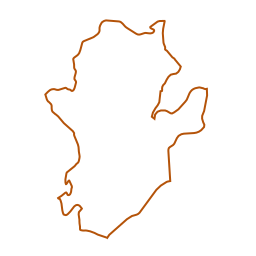 the border of Eastern, rotated 357°
{"feature_id": "SLE-790", "entity_name": "Eastern", "entity_type": "Province", "adm_level": 1, "iso_a3": "SLE", "parent_name": "Sierra Leone", "parent_adm1": "", "projection": "albers", "projection_center": [-11.073, 8.208], "detail": "fine", "context": "isolated", "style": "outline", "palette": "amber", "viewbox_px": 256, "rotation_deg": 357, "n_neighbors": 0, "source": "natural_earth", "source_scale": "10m", "svg_char_len": 3661}
<svg xmlns="http://www.w3.org/2000/svg" viewBox="0 0 256 256"><g transform="rotate(357 128 128)"><path d="M170.1,23.0L170.2,23.3L168.3,30.8L167.7,35.1L167.9,44.3L168.1,45.6L169.3,49.1L169.3,49.7L169.2,51.0L169.2,51.5L169.6,52.0L170.5,52.6L170.9,52.9L176.0,59.7L177.9,61.1L178.6,62.3L183.9,69.4L182.9,72.1L181.2,74.6L178.9,76.2L176.0,76.5L173.5,77.0L171.1,79.0L169.2,81.7L167.2,85.3L165.3,87.1L164.4,88.7L164.1,90.3L164.1,91.8L163.8,92.8L162.4,93.0L160.6,103.9L158.8,106.9L156.5,109.6L153.7,113.9L152.4,118.0L154.9,120.2L155.8,116.0L158.3,113.3L161.8,112.2L165.9,112.4L167.8,113.2L171.3,115.5L172.7,115.8L174.9,114.8L179.3,112.0L186.6,104.7L188.2,102.8L191.2,96.6L192.4,94.9L193.8,93.5L195.4,92.5L197.3,91.8L201.1,91.2L201.9,91.3L205.3,92.3L206.3,92.9L207.4,93.2L208.8,93.0L208.7,99.6L204.9,115.0L202.7,119.8L202.5,122.6L203.4,126.2L204.4,128.7L204.0,131.0L201.0,134.0L198.6,135.4L196.1,136.2L193.6,136.5L183.5,136.6L181.0,137.0L178.1,138.5L176.3,140.7L173.4,146.1L172.1,147.4L168.9,149.2L167.8,150.1L167.3,151.3L167.1,152.8L167.4,183.2L164.6,183.6L163.7,183.9L157.8,187.2L153.1,191.2L136.4,211.6L135.1,213.2L133.7,214.3L132.1,215.0L127.3,216.1L122.2,219.0L103.7,233.7L101.5,236.6L101.4,236.5L92.3,232.9L89.0,231.0L84.8,229.2L81.5,228.3L80.0,228.1L78.4,228.1L76.9,227.9L75.5,227.5L75.0,227.2L74.8,226.6L74.9,223.8L74.6,220.8L74.6,218.2L74.7,217.4L74.2,211.7L74.4,210.4L74.6,209.4L77.5,206.4L77.7,206.0L75.9,203.5L75.4,203.0L74.9,202.7L74.3,202.4L73.7,202.2L72.9,202.2L72.2,202.3L71.1,202.9L70.1,203.6L66.1,208.3L63.4,210.8L62.9,211.1L62.3,211.5L61.7,211.7L61.0,211.7L60.4,211.5L59.8,211.2L59.2,211.0L58.6,209.4L58.1,206.7L57.6,199.9L56.9,197.0L56.3,195.4L55.0,194.9L54.6,194.6L54.5,194.3L58.0,192.3L62.0,189.4L62.5,189.2L63.0,189.2L63.3,189.6L63.6,190.1L64.1,191.4L64.5,191.8L65.1,191.9L65.7,191.8L66.2,191.5L66.7,191.1L67.3,190.0L67.8,188.8L68.3,185.9L68.5,185.2L68.8,184.7L68.9,183.9L68.8,183.0L66.7,177.7L66.4,177.4L66.0,177.6L65.6,178.0L63.8,180.4L63.4,180.8L63.1,180.8L62.9,180.2L62.7,179.1L62.8,176.1L64.1,170.3L64.3,169.7L64.7,169.1L72.7,163.3L73.1,162.9L74.6,161.2L75.6,160.5L76.1,160.1L76.5,159.7L76.8,159.2L77.3,158.0L78.0,155.3L78.2,153.9L78.1,152.5L77.7,149.1L77.6,144.4L77.1,141.8L74.1,133.3L73.9,132.6L73.8,132.0L73.8,131.4L73.9,130.9L73.9,130.3L73.5,129.5L72.7,128.2L64.2,119.8L58.9,112.8L56.8,110.8L56.2,110.4L53.6,107.9L53.2,107.2L52.9,106.1L52.8,104.2L52.9,102.0L52.8,101.2L52.4,100.2L50.6,98.1L49.5,97.2L48.5,95.4L47.2,90.2L49.9,87.7L51.9,86.2L52.6,85.9L53.5,85.5L54.9,85.3L55.9,85.3L56.7,85.4L58.6,86.1L59.3,86.2L59.9,86.3L60.7,86.3L67.0,84.7L67.7,84.6L68.3,84.8L68.8,85.2L69.7,86.0L70.3,86.2L70.9,86.4L71.5,86.5L72.1,86.7L72.6,87.0L73.0,87.5L73.5,87.8L74.0,88.1L74.7,87.9L75.4,87.5L76.1,86.5L76.8,85.1L78.4,80.1L78.5,79.7L78.5,79.1L78.3,78.6L78.1,78.0L77.4,77.0L77.1,76.4L77.1,75.8L77.3,74.4L78.6,70.6L78.9,69.2L78.9,68.4L78.7,67.8L78.4,67.2L77.7,66.1L77.5,65.5L77.4,64.8L77.5,61.7L76.9,56.3L77.2,55.8L77.5,55.3L78.1,54.8L81.0,52.9L82.1,52.0L82.8,51.1L83.2,50.6L84.5,47.6L86.8,40.5L87.1,40.0L87.5,39.5L88.6,38.9L97.7,35.7L98.9,35.1L102.5,32.7L103.4,31.8L104.1,30.8L104.4,30.2L104.6,29.6L104.7,29.0L104.8,26.5L105.2,25.1L105.7,23.9L107.0,21.8L107.4,21.3L107.9,20.8L108.7,20.4L109.8,19.8L110.7,19.6L111.7,19.4L124.4,21.1L125.5,21.4L126.3,21.8L128.1,23.5L130.4,26.4L131.2,27.2L132.5,28.2L132.6,28.3L140.8,34.1L142.4,35.0L143.2,35.2L144.1,35.3L145.6,35.1L149.3,34.1L150.1,34.0L150.8,34.0L153.6,34.5L155.2,34.7L156.8,34.5L157.6,34.2L158.4,33.7L159.2,32.4L159.1,31.6L158.8,31.1L156.5,29.9L156.0,29.5L155.6,29.1L155.5,28.7L155.5,28.4L155.6,28.2L163.1,23.3L165.3,22.8L170.1,23.0L170.1,23.0Z" fill="none" stroke="#b45309" stroke-width="2"/></g></svg>